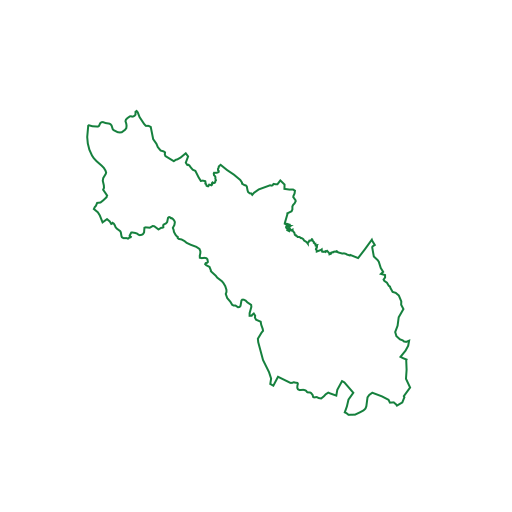 the district of Antananarivo Avaradrano, Analamanga, Madagascar, rotated 143°
{"feature_id": "10022922B99940912082943", "entity_name": "Antananarivo Avaradrano", "entity_type": "district", "adm_level": 2, "iso_a3": "MDG", "parent_name": "Madagascar", "parent_adm1": "Analamanga", "projection": "mercator", "projection_center": [47.627, -18.918], "detail": "fine", "context": "isolated", "style": "outline", "palette": "green", "viewbox_px": 512, "rotation_deg": 143, "n_neighbors": 0, "source": "geoboundaries", "source_scale": "gbopen_adm2", "svg_char_len": 6129}
<svg xmlns="http://www.w3.org/2000/svg" viewBox="0 0 512 512"><g transform="rotate(143 256 256)"><path d="M185.6,284.7L186.4,286.8L189.3,288.9L192.9,292.5L190.2,295.9L191.1,301.7L195.7,300.4L197.2,301.5L198.6,303.0L200.3,302.5L201.3,302.9L202.2,304.0L213.7,307.5L219.6,307.7L222.2,307.1L222.2,308.9L223.2,309.7L223.8,311.7L223.3,313.4L221.5,317.1L221.7,318.7L222.5,319.4L223.6,322.1L223.0,323.1L222.8,326.2L224.7,334.3L227.4,342.1L229.4,350.1L231.8,349.9L232.7,349.0L234.0,348.4L234.7,347.3L234.6,346.3L235.2,345.6L236.2,345.7L237.5,346.2L239.4,347.7L240.1,347.3L240.9,345.8L240.7,344.1L241.1,343.2L241.9,342.3L242.4,340.6L243.5,340.3L243.9,339.7L245.0,339.3L246.1,339.8L246.4,340.9L247.3,340.7L248.2,339.4L249.1,339.3L249.8,340.5L250.5,341.2L252.1,340.4L252.8,341.0L253.2,341.9L252.6,343.3L252.9,344.3L251.9,345.3L251.5,346.3L253.2,348.3L254.9,349.1L254.5,353.4L253.2,360.5L254.6,363.0L254.8,366.1L254.7,368.5L255.1,369.5L255.6,369.5L256.1,370.2L255.9,372.8L250.3,376.4L250.3,380.3L256.9,380.0L260.7,380.5L262.1,381.1L264.6,381.2L268.2,390.3L267.7,392.0L266.3,393.5L266.8,395.1L268.7,397.6L268.9,402.0L268.0,405.5L267.8,411.2L262.4,422.4L263.5,424.6L265.7,426.3L265.9,428.9L265.4,437.0L264.0,441.9L264.1,443.7L265.4,443.7L267.2,441.4L268.6,441.1L270.0,441.3L271.0,441.8L271.8,442.9L272.7,443.4L275.7,443.5L277.8,443.2L279.1,442.2L280.0,439.7L281.0,437.9L282.6,436.2L284.6,435.6L288.7,435.6L290.4,436.6L292.0,438.2L294.0,442.3L294.1,443.5L292.8,447.2L292.9,448.8L293.5,450.0L296.1,452.7L297.7,455.1L298.7,455.7L300.0,455.9L300.9,455.6L303.0,454.4L304.4,454.5L308.6,458.1L310.8,461.0L311.6,461.0L319.2,452.6L322.6,447.1L325.1,441.2L326.5,435.0L326.7,431.8L326.3,427.8L324.9,421.1L324.5,418.0L324.8,414.8L325.5,412.8L326.6,412.0L331.1,410.2L333.1,408.3L335.0,404.0L336.4,401.9L338.2,400.9L338.5,393.9L339.2,393.6L339.9,392.9L344.4,392.4L348.0,392.3L350.9,394.0L353.7,392.4L355.3,392.1L357.2,391.1L356.0,386.1L356.3,382.5L358.3,375.2L352.8,375.1L352.0,371.6L352.3,368.7L351.6,368.5L350.6,368.8L350.1,367.4L350.3,365.4L350.8,363.6L350.7,361.7L349.5,357.6L349.7,356.3L351.5,352.8L351.8,351.7L351.1,350.0L348.5,348.1L347.8,346.9L346.2,346.9L344.8,346.4L344.4,346.6L344.6,347.2L345.0,347.6L344.7,348.3L341.5,349.8L340.8,349.4L338.6,347.1L337.5,345.5L337.0,343.7L336.4,342.7L335.2,342.0L333.7,341.5L332.8,341.6L331.2,342.2L328.1,345.7L326.9,345.3L323.8,342.5L320.4,342.1L319.3,340.9L317.9,335.9L314.9,335.6L313.5,334.8L312.7,334.7L311.7,336.3L311.0,336.7L308.1,336.2L306.5,336.6L304.0,338.8L303.3,339.4L302.3,339.5L301.5,339.0L301.3,337.5L301.0,337.0L300.5,337.0L300.1,335.7L300.0,333.6L300.4,331.9L302.5,329.9L305.5,328.5L306.1,326.4L307.0,324.7L307.5,321.5L307.4,319.3L307.0,318.4L307.7,317.4L307.4,316.1L305.5,314.0L304.1,310.9L303.5,308.3L301.4,304.3L298.2,299.3L296.9,295.7L297.6,293.2L298.8,291.7L300.8,290.0L301.9,288.4L300.7,287.0L298.2,285.5L296.9,284.0L296.8,282.6L298.0,280.2L299.3,280.0L300.4,280.6L301.5,280.1L301.3,278.6L299.7,275.3L300.7,271.6L301.1,271.2L301.1,270.4L300.0,264.4L300.0,262.1L298.4,256.3L298.3,254.0L298.7,250.4L300.0,246.7L301.3,245.0L303.0,243.9L304.3,239.7L304.0,234.9L304.4,231.3L303.6,229.8L302.2,228.8L301.2,225.9L299.8,225.2L298.4,225.5L294.4,229.2L293.3,229.4L292.1,228.5L291.1,226.6L290.8,224.2L289.3,219.9L290.3,218.2L295.5,214.2L297.1,212.1L295.4,210.9L294.4,211.3L292.4,211.4L292.6,208.8L293.9,207.5L294.3,205.1L291.8,200.7L293.2,198.0L294.5,193.8L295.4,192.0L297.6,191.5L304.3,188.8L306.1,185.8L313.0,168.7L315.5,155.4L317.7,149.0L321.6,145.2L320.2,142.0L311.1,146.3L304.9,134.0L303.6,133.0L301.7,132.4L301.2,131.6L299.3,129.7L299.5,128.7L301.1,127.4L302.4,125.8L302.7,124.3L301.9,122.7L298.8,120.7L297.7,119.4L297.1,118.2L297.1,116.7L296.8,116.0L295.0,114.5L294.5,113.5L294.4,111.0L295.2,109.0L294.7,108.1L292.4,106.8L291.4,104.8L289.7,103.0L286.2,103.1L283.6,103.6L280.5,103.4L279.6,101.8L275.9,96.2L271.6,100.2L262.6,104.3L261.5,101.9L260.6,88.2L268.5,85.7L273.9,81.2L279.2,77.7L278.3,76.0L277.7,73.5L272.4,69.7L267.1,68.6L263.2,68.0L261.6,68.1L260.4,68.3L258.3,69.6L252.0,76.0L249.1,76.9L245.4,76.8L239.9,68.1L236.7,61.4L237.3,58.3L234.1,56.2L233.4,53.0L233.5,51.7L227.3,51.0L222.5,53.9L222.3,55.1L212.1,58.2L210.1,67.7L204.2,74.5L198.8,82.3L198.1,82.7L200.1,86.0L201.3,88.5L193.6,90.4L188.5,92.7L184.7,96.2L187.7,97.0L189.3,98.7L189.6,100.3L191.2,102.8L192.1,107.5L190.6,111.5L184.9,115.1L178.9,121.2L170.2,124.9L169.4,129.7L167.3,132.3L165.7,138.5L166.6,142.5L168.5,145.1L167.9,149.5L167.4,151.0L167.9,152.3L167.5,155.9L168.5,158.9L168.3,160.4L165.8,161.2L164.4,163.1L167.0,166.5L164.0,166.8L163.6,171.3L161.4,177.5L161.3,179.4L162.2,184.7L158.1,192.8L157.6,193.3L157.0,193.5L154.5,193.3L154.0,198.4L153.7,199.3L165.1,195.8L175.7,192.9L180.0,200.0L180.4,199.8L180.7,199.9L182.6,202.6L182.9,203.6L184.2,205.2L185.6,206.0L188.2,209.4L188.5,210.8L188.8,210.7L189.0,211.3L189.4,211.1L190.5,212.2L191.4,212.6L191.9,212.4L192.6,213.0L193.6,213.0L193.8,213.4L194.3,213.4L194.4,212.9L195.1,212.7L195.4,213.3L196.2,213.3L195.8,214.1L196.1,217.3L197.8,217.4L197.6,218.0L199.3,218.4L199.8,219.2L200.5,219.5L200.3,220.6L199.6,221.7L200.3,221.7L204.8,223.0L204.1,224.0L204.1,225.3L203.5,225.8L203.3,225.6L202.1,226.3L201.5,227.0L201.7,227.4L200.7,227.9L202.0,228.6L201.4,229.7L201.6,229.7L201.5,230.2L201.9,231.7L201.4,232.2L201.6,234.6L201.1,235.2L201.1,235.6L201.2,235.8L202.9,235.3L204.1,236.2L205.7,235.4L206.6,235.6L207.2,234.7L207.2,236.6L208.3,239.5L208.1,240.9L208.4,242.0L209.0,243.1L209.4,243.3L209.6,244.4L210.1,245.3L211.3,246.1L211.5,248.2L211.9,248.3L212.2,249.6L211.4,251.4L211.5,254.3L211.0,255.0L212.4,255.1L212.5,257.1L212.9,257.4L213.4,257.4L213.9,256.1L214.5,255.8L215.4,257.7L213.8,258.3L214.0,258.8L214.8,259.4L214.8,260.5L214.6,261.0L213.7,261.5L212.9,260.6L211.9,260.6L212.1,259.3L211.9,259.0L211.6,259.0L211.5,259.4L210.5,259.3L211.0,259.7L210.3,260.3L210.2,260.7L211.2,261.7L212.6,262.0L212.5,262.4L211.7,262.8L212.1,263.3L213.2,263.7L213.6,264.5L213.1,265.0L205.5,270.7L205.3,271.2L200.7,270.3L198.9,271.3L197.1,273.7L195.5,274.5L193.6,274.8L191.3,275.9L190.9,276.7L190.8,280.6L190.0,281.4L187.6,282.7L185.6,284.7Z" fill="none" stroke="#15803d" stroke-width="2"/></g></svg>